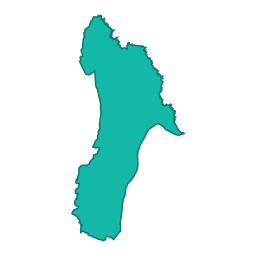 outline of Phakdi Chumphon, Chaiyaphum, Thailand
{"feature_id": "78962969B21349454569090", "entity_name": "Phakdi Chumphon", "entity_type": "district", "adm_level": 2, "iso_a3": "THA", "parent_name": "Thailand", "parent_adm1": "Chaiyaphum", "projection": "albers", "projection_center": [101.441, 15.961], "detail": "fine", "context": "isolated", "style": "filled", "palette": "teal", "viewbox_px": 256, "rotation_deg": 0, "n_neighbors": 0, "source": "geoboundaries", "source_scale": "gbopen_adm2", "svg_char_len": 5709}
<svg xmlns="http://www.w3.org/2000/svg" viewBox="0 0 256 256"><path d="M75.8,182.6L76.8,183.5L78.0,183.2L78.8,183.5L79.1,184.3L77.8,188.5L76.1,189.1L75.3,190.3L75.6,191.3L75.5,193.2L76.7,193.9L78.0,193.3L78.1,193.8L77.0,196.2L77.0,197.5L76.5,198.3L76.6,199.2L75.8,199.3L75.1,200.5L74.7,202.5L74.9,202.8L74.5,203.3L74.7,203.9L76.3,205.9L78.5,206.2L78.6,206.6L77.8,208.4L75.6,209.2L73.3,210.5L73.2,211.2L71.9,213.0L72.1,213.7L72.6,214.0L72.9,214.5L74.2,214.8L77.6,216.9L78.0,218.9L79.5,220.0L80.0,221.0L79.8,221.7L79.1,222.1L80.1,222.9L80.0,223.7L82.2,225.4L82.2,225.8L80.9,226.0L80.9,226.3L81.0,227.3L80.6,230.2L80.8,232.5L83.2,230.9L85.5,232.9L87.6,232.9L88.0,233.4L88.0,234.7L90.0,235.8L92.5,236.0L93.9,237.6L95.7,237.8L98.8,239.4L101.1,239.6L102.7,240.6L103.4,240.6L103.8,239.9L105.1,240.0L106.0,237.1L107.3,236.2L111.4,237.7L113.6,239.5L119.1,232.3L120.4,231.4L120.6,226.4L120.1,223.2L121.3,216.1L121.4,213.8L122.1,209.6L122.3,204.9L123.3,199.4L124.9,195.0L125.9,187.6L126.7,186.5L126.7,185.9L127.8,183.9L128.8,182.4L131.7,179.5L131.8,178.7L134.4,175.4L135.5,173.0L136.5,171.5L137.5,167.7L137.9,164.7L137.5,155.6L138.1,150.7L139.5,147.6L140.2,144.8L144.6,137.2L147.5,131.3L149.5,128.6L150.5,128.2L156.4,124.1L157.3,123.7L158.6,123.8L160.9,124.9L164.1,127.5L165.9,129.7L170.4,131.8L174.5,134.1L177.0,135.0L179.0,135.2L181.0,134.7L184.1,133.3L182.9,132.5L181.9,132.7L181.0,132.4L179.8,131.6L177.5,128.6L176.5,126.6L176.4,125.6L175.4,124.9L175.0,123.5L174.0,122.7L173.9,121.5L174.4,121.5L174.3,121.3L174.7,121.0L174.7,120.4L174.4,120.2L174.7,120.0L174.4,119.9L174.6,119.4L174.1,119.1L173.8,119.3L173.8,118.9L174.3,118.7L174.0,118.5L174.0,118.1L174.8,118.1L174.4,117.3L174.6,117.1L174.5,116.8L174.9,116.7L174.6,116.6L174.8,116.4L174.7,116.1L174.4,116.2L173.7,115.3L174.3,114.7L173.8,114.3L174.7,114.0L174.9,113.7L174.2,112.9L174.7,112.7L174.6,112.3L175.8,111.7L175.0,111.7L174.7,111.1L174.8,110.7L173.6,110.6L172.2,109.6L172.3,109.0L172.9,109.0L173.1,108.6L171.5,107.6L170.8,107.7L170.6,108.1L170.1,107.8L170.0,107.2L171.0,106.2L171.5,104.6L170.6,104.2L170.3,104.8L169.5,104.8L169.0,105.2L167.7,104.9L166.8,105.2L166.2,104.3L165.6,105.3L164.8,105.8L164.3,105.3L163.5,105.5L163.3,105.2L163.4,104.6L162.4,104.7L162.5,104.1L162.9,104.0L162.5,102.9L161.2,102.0L162.5,101.2L162.4,100.4L162.7,99.7L161.6,99.5L161.5,98.2L160.3,98.5L160.1,97.6L160.6,97.6L160.7,96.9L159.9,95.9L159.2,92.5L159.3,92.3L160.1,92.4L160.4,91.8L161.1,91.7L160.8,91.0L161.2,90.4L160.9,89.8L161.0,89.2L161.3,89.2L161.5,89.9L161.8,89.9L161.6,89.6L161.9,89.1L161.2,88.5L161.9,87.3L161.2,86.9L160.9,86.2L161.8,84.9L162.0,83.2L163.0,81.8L161.5,81.0L161.5,80.5L160.9,80.2L160.8,79.4L162.6,78.5L162.0,78.3L161.8,77.8L162.1,76.7L162.7,76.5L162.7,76.1L161.0,76.7L160.6,76.3L160.7,75.5L160.0,74.7L158.3,74.6L158.7,73.5L157.3,73.8L157.4,73.2L157.0,72.2L158.3,71.0L157.5,70.7L156.7,69.6L155.3,68.9L154.7,68.1L154.4,68.2L154.2,68.9L153.6,67.5L152.9,67.4L153.0,66.5L152.5,65.5L151.4,64.6L152.4,63.3L151.6,63.1L152.1,62.5L152.0,62.3L151.5,62.3L152.0,61.4L151.5,61.0L150.8,60.0L150.0,59.5L150.0,58.2L149.4,58.3L148.9,57.9L148.3,57.8L148.0,58.2L147.2,56.5L146.8,56.1L146.6,54.9L146.3,55.2L145.7,54.6L146.2,54.2L145.6,54.0L145.5,53.0L146.4,52.2L145.9,52.1L145.7,52.5L145.3,51.0L144.9,51.2L144.6,51.1L145.1,50.5L144.0,50.8L143.8,50.6L143.7,49.8L144.5,49.5L144.8,48.1L145.2,48.2L145.8,47.5L144.8,47.4L144.4,47.9L143.3,46.7L142.5,46.5L142.6,46.1L142.3,45.9L141.7,46.0L141.8,46.3L141.3,46.8L140.6,46.2L139.3,45.8L136.4,45.8L134.4,45.5L134.3,45.0L132.5,45.5L132.1,44.9L132.1,44.2L130.5,44.7L129.7,44.4L129.2,42.7L128.8,42.7L128.5,42.9L128.4,42.7L127.7,43.6L127.5,44.2L127.7,44.6L127.0,45.7L127.3,45.9L126.9,47.5L127.3,48.9L127.2,49.2L124.4,47.7L122.0,48.7L121.4,48.5L121.3,47.9L120.1,46.9L120.4,46.0L120.0,45.2L117.9,44.8L118.8,43.7L118.1,42.8L119.2,42.2L119.4,41.7L118.4,41.1L118.3,40.2L117.3,40.0L116.7,40.2L116.9,39.7L116.5,39.3L116.5,38.2L116.9,37.8L116.2,38.0L115.5,39.0L115.4,38.4L114.6,39.2L113.6,38.7L112.9,39.3L113.0,38.4L112.2,38.4L112.3,37.8L111.7,37.4L110.8,37.5L110.7,37.0L111.4,36.4L111.0,36.2L110.0,36.5L110.3,35.9L111.7,35.8L111.6,34.6L111.1,34.7L110.5,34.3L111.0,33.7L111.5,33.7L111.3,33.3L111.8,33.0L111.7,32.8L112.1,32.5L111.5,32.2L112.2,31.9L112.0,31.1L113.5,31.0L113.9,30.4L112.9,30.6L112.7,30.0L112.1,30.3L111.6,30.0L111.4,29.1L111.0,28.9L110.5,29.1L110.1,27.8L109.7,27.6L109.6,27.3L109.0,27.6L108.3,26.0L107.8,26.0L107.9,24.8L107.2,25.1L107.3,23.9L106.1,24.3L105.8,23.7L105.9,23.1L105.4,22.9L105.2,23.7L105.0,23.0L104.4,22.7L104.2,22.8L103.8,21.8L104.2,21.5L103.7,21.0L103.9,20.2L104.8,19.7L104.8,19.4L104.3,19.3L104.1,18.6L103.1,20.0L102.9,19.8L103.1,19.3L102.2,19.6L102.6,19.1L101.4,19.1L101.0,18.7L101.5,18.1L101.1,17.7L101.3,16.3L100.2,16.4L100.1,16.2L100.8,15.7L100.0,15.4L99.5,15.7L98.7,15.8L98.5,15.5L98.0,15.8L97.9,17.0L93.6,16.9L92.1,20.4L90.8,21.4L89.2,26.6L86.3,28.5L85.0,29.8L84.7,30.6L85.2,32.0L84.9,32.4L84.0,32.5L83.8,33.2L84.1,33.7L83.9,35.6L84.8,36.3L84.6,36.8L84.8,37.1L83.9,37.6L83.5,38.3L82.9,42.2L82.7,47.7L82.1,48.8L81.3,49.4L81.2,49.9L81.5,52.0L82.4,53.7L82.4,56.0L82.1,56.5L81.0,56.5L80.2,57.1L80.1,57.7L81.0,60.2L80.2,60.6L79.7,61.7L85.7,73.9L87.4,74.6L89.1,74.8L92.6,72.8L94.8,71.0L95.7,84.9L96.3,87.4L97.3,89.0L100.3,102.1L100.6,104.3L100.5,107.7L101.0,113.9L99.7,122.2L99.5,126.3L100.0,128.1L98.2,131.5L98.4,133.5L97.7,135.4L97.6,138.9L95.4,141.1L94.2,144.3L92.7,147.0L95.8,148.0L97.1,147.5L99.1,147.9L99.4,148.3L99.4,149.5L98.4,150.2L97.1,153.9L93.6,155.0L93.2,158.6L91.3,160.1L90.2,161.6L89.5,163.5L88.6,164.5L87.4,164.9L86.7,165.6L85.1,165.2L82.1,165.3L81.3,165.7L79.1,167.9L78.8,170.0L79.1,171.9L78.2,175.9L77.7,177.0L77.3,179.7L76.4,179.4L75.8,182.6Z" fill="#14b8a6" stroke="#0f766e" stroke-width="1.5"/></svg>